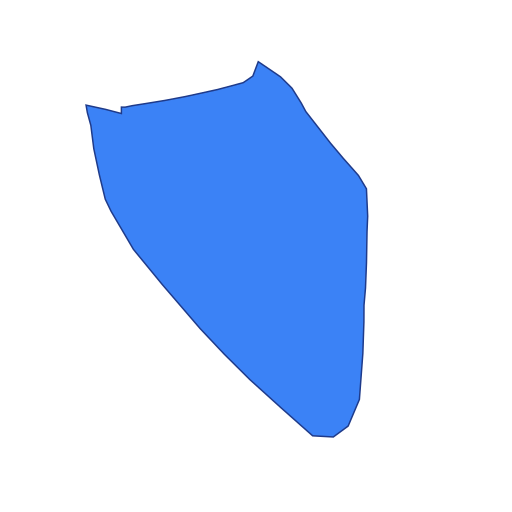 outline of Tonga, Tuvalu, rotated 342°
{"feature_id": "33948139B52868030722723", "entity_name": "Tonga", "entity_type": "district", "adm_level": 2, "iso_a3": "TUV", "parent_name": "Tuvalu", "parent_adm1": "", "projection": "equal_earth", "projection_center": [176.319, -6.294], "detail": "fine", "context": "isolated", "style": "filled", "palette": "blue", "viewbox_px": 512, "rotation_deg": 342, "n_neighbors": 0, "source": "geoboundaries", "source_scale": "gbopen_adm2", "svg_char_len": 694}
<svg xmlns="http://www.w3.org/2000/svg" viewBox="0 0 512 512"><g transform="rotate(342 256 256)"><path d="M141.0,60.0L139.9,67.6L139.3,80.7L134.9,103.8L132.1,130.4L130.2,155.4L132.0,168.7L141.5,211.9L158.1,254.3L180.5,307.9L195.6,339.8L212.0,371.7L232.9,408.1L254.3,444.5L273.6,452.0L291.1,446.2L310.0,424.4L327.5,381.7L338.2,352.2L343.5,336.2L350.2,320.4L358.9,296.8L369.2,266.9L374.5,252.7L381.8,226.2L378.3,211.0L369.1,189.9L361.7,171.7L348.0,134.0L346.3,124.6L342.1,107.6L334.7,93.2L318.2,71.9L308.6,83.9L297.4,87.2L270.9,85.8L237.8,82.5L217.4,79.9L198.6,77.0L184.8,74.8L177.5,74.0L174.0,72.8L172.0,78.9L158.3,70.1L141.0,60.0Z" fill="#3b82f6" stroke="#1e3a8a" stroke-width="1.5"/></g></svg>